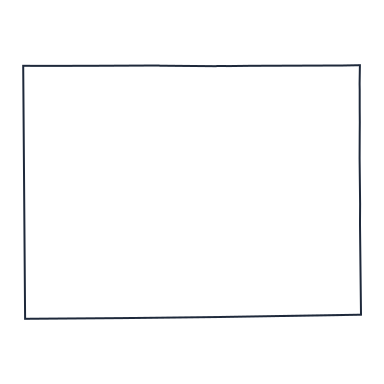 the district of Steuben, Indiana, United States of America
{"feature_id": "52423323B27504102629323", "entity_name": "Steuben", "entity_type": "district", "adm_level": 2, "iso_a3": "USA", "parent_name": "United States of America", "parent_adm1": "Indiana", "projection": "natural_earth1", "projection_center": [-84.924, 41.643], "detail": "fine", "context": "isolated", "style": "outline", "palette": "slate", "viewbox_px": 384, "rotation_deg": 0, "n_neighbors": 0, "source": "geoboundaries", "source_scale": "gbopen_adm2", "svg_char_len": 476}
<svg xmlns="http://www.w3.org/2000/svg" viewBox="0 0 384 384"><path d="M359.7,134.8L359.8,122.4L359.7,108.3L359.7,94.9L359.7,89.8L359.6,83.8L359.9,65.2L348.7,65.4L343.3,65.5L343.2,65.5L250.8,65.8L226.3,66.1L225.7,66.0L217.1,66.0L216.0,66.2L160.0,65.7L158.6,65.5L91.5,65.8L86.5,65.8L44.2,65.9L23.2,65.8L25.1,318.8L122.8,318.1L219.7,317.0L361.0,314.7L360.0,224.8L360.0,221.1L360.1,204.9L360.1,203.9L359.6,158.1L359.7,134.8Z" fill="none" stroke="#1e293b" stroke-width="2"/></svg>